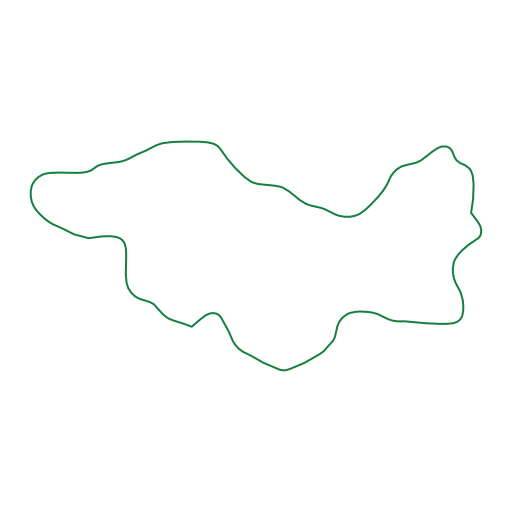 the district of Los Alcarrizos, Santo Domingo, Dominican Republic
{"feature_id": "3306468B82844411676159", "entity_name": "Los Alcarrizos", "entity_type": "district", "adm_level": 2, "iso_a3": "DOM", "parent_name": "Dominican Republic", "parent_adm1": "Santo Domingo", "projection": "albers", "projection_center": [-70.036, 18.529], "detail": "fine", "context": "isolated", "style": "outline", "palette": "green", "viewbox_px": 512, "rotation_deg": 0, "n_neighbors": 0, "source": "geoboundaries", "source_scale": "gbopen_adm2", "svg_char_len": 2370}
<svg xmlns="http://www.w3.org/2000/svg" viewBox="0 0 512 512"><path d="M471.1,212.8L473.1,199.1L473.6,184.0L472.7,175.5L470.9,170.6L469.4,168.5L465.7,165.6L459.9,162.9L456.7,160.5L454.5,157.0L452.1,151.2L451.1,149.6L449.7,148.1L447.8,147.0L445.8,146.4L441.4,146.6L437.6,148.1L432.0,151.9L421.3,160.2L416.4,162.6L403.0,165.9L400.8,166.8L396.9,169.3L393.6,172.5L390.9,176.2L386.9,184.8L382.9,191.0L378.0,197.0L370.9,204.6L365.3,209.8L359.1,214.2L354.3,216.0L349.4,216.8L344.3,216.7L339.4,215.9L334.9,214.3L324.8,209.2L320.2,207.7L310.5,205.5L305.9,203.8L299.9,200.1L288.8,191.2L282.7,187.6L280.4,186.8L275.5,185.8L258.0,184.0L253.1,182.6L250.8,181.5L244.6,177.1L235.3,168.1L227.0,158.4L220.3,148.9L217.5,145.9L215.4,144.6L213.0,143.6L207.9,142.4L199.5,141.7L184.6,141.6L172.6,142.0L163.9,143.0L161.1,143.6L156.2,145.3L146.0,150.6L137.0,154.4L128.9,158.7L124.7,160.5L119.5,161.9L106.3,163.5L101.5,164.4L97.3,166.0L91.3,170.3L87.3,171.8L82.5,172.6L77.3,172.9L58.4,172.6L50.4,172.9L45.2,173.7L42.6,174.6L38.5,177.0L35.1,180.2L32.5,184.2L31.6,186.6L30.7,191.5L30.8,196.5L31.7,201.5L33.7,206.4L36.7,210.7L40.3,214.6L44.1,218.2L48.2,221.4L52.7,224.2L61.6,228.1L74.0,234.3L88.6,238.2L102.0,236.4L110.3,236.2L115.6,236.8L118.0,237.5L120.3,238.6L122.4,240.2L124.0,242.3L125.0,244.6L126.0,249.5L126.2,254.8L125.8,274.5L126.6,282.8L128.2,288.1L131.3,292.8L135.3,296.5L137.6,297.9L140.1,299.0L149.7,302.0L153.8,304.2L162.6,314.0L166.8,317.4L169.2,318.8L173.7,320.6L183.6,323.7L191.8,326.7L200.6,319.1L205.9,315.2L209.8,313.5L212.0,313.1L214.2,313.2L216.4,313.7L218.4,314.7L219.9,316.1L221.2,317.8L228.4,330.8L233.1,341.6L235.7,345.4L238.9,348.8L242.6,351.6L251.2,355.8L263.2,362.7L279.7,369.7L283.8,370.4L285.9,370.2L289.8,369.0L304.4,362.9L319.8,354.0L323.3,351.6L333.4,340.4L335.0,336.7L337.5,325.8L339.4,321.6L342.2,318.0L344.0,316.4L347.9,313.8L350.2,312.9L355.2,311.9L360.2,311.5L367.8,311.9L372.9,312.7L377.7,314.1L388.0,319.1L392.4,320.6L397.2,321.3L404.4,321.3L426.6,323.3L440.4,323.9L448.3,323.8L453.1,323.2L455.5,322.5L457.7,321.5L459.6,320.0L461.2,317.9L462.3,315.6L463.2,310.8L463.3,305.6L462.8,300.3L460.7,292.5L455.4,282.4L453.8,277.9L452.9,273.0L452.9,268.0L453.7,263.0L454.5,260.6L455.7,258.3L458.6,254.0L462.2,250.3L467.9,245.3L478.5,238.0L479.8,236.5L480.7,234.6L481.3,230.3L480.3,226.1L478.2,222.4L471.1,212.8Z" fill="none" stroke="#15803d" stroke-width="2"/></svg>